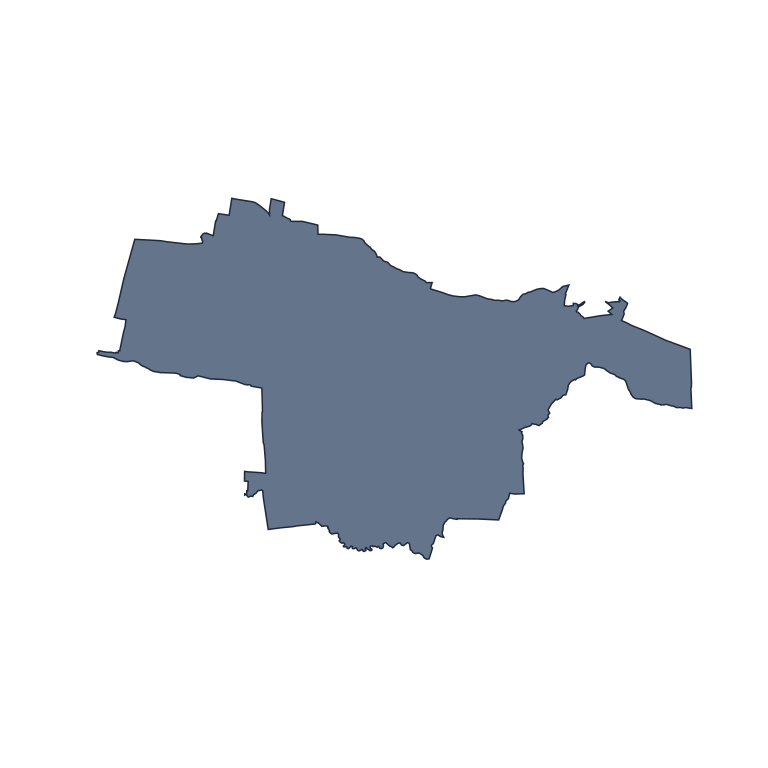 Ipatele, Iasi, Romania, rotated 116°
{"feature_id": "2599482B24354712900098", "entity_name": "Ipatele", "entity_type": "district", "adm_level": 2, "iso_a3": "ROU", "parent_name": "Romania", "parent_adm1": "Iasi", "projection": "mercator", "projection_center": [27.426, 46.918], "detail": "fine", "context": "isolated", "style": "filled", "palette": "slate", "viewbox_px": 768, "rotation_deg": 116, "n_neighbors": 0, "source": "geoboundaries", "source_scale": "gbopen_adm2", "svg_char_len": 6170}
<svg xmlns="http://www.w3.org/2000/svg" viewBox="0 0 768 768"><g transform="rotate(116 384 384)"><path d="M481.5,655.6L482.8,655.0L483.1,654.4L481.9,648.7L480.5,643.6L478.9,639.3L479.0,633.4L478.0,628.1L476.4,624.4L473.5,620.3L472.9,618.5L472.6,614.0L473.5,610.9L473.7,608.2L473.4,605.9L473.7,604.7L473.4,603.8L473.9,599.2L473.5,595.6L472.2,591.8L471.9,589.9L471.3,589.0L465.8,576.6L465.1,574.0L465.0,571.4L465.8,570.9L464.7,564.7L462.1,557.8L458.1,554.5L455.5,542.1L450.5,530.7L447.0,520.3L446.4,519.1L445.5,509.4L444.7,506.3L443.5,504.4L443.6,503.2L444.1,502.7L443.9,501.5L441.2,492.0L461.7,481.3L462.6,481.3L471.7,477.1L489.7,466.8L490.7,465.6L492.6,464.3L504.9,457.0L516.2,451.2L517.6,455.6L522.5,467.6L523.6,471.0L532.4,466.9L531.1,463.4L539.6,459.7L540.0,460.6L543.3,459.2L543.8,461.0L544.9,460.5L544.2,460.0L543.9,459.0L545.1,456.8L545.1,456.4L543.2,454.6L542.6,452.6L540.5,452.7L538.5,451.2L536.3,450.8L534.7,450.1L534.1,448.8L532.9,447.7L533.1,446.2L538.7,442.9L565.5,424.3L558.3,413.4L552.2,403.4L549.7,400.0L540.0,384.5L539.5,384.2L537.7,384.7L537.7,381.6L539.2,377.4L536.9,374.0L536.7,372.0L538.0,371.5L537.8,371.0L538.8,370.2L539.5,368.8L540.6,368.6L541.6,366.7L541.7,365.2L538.7,360.9L538.5,360.0L538.8,359.2L541.7,357.6L542.3,355.7L542.9,355.2L544.5,355.6L545.0,354.9L545.6,352.6L545.3,351.6L544.5,351.2L544.6,350.0L545.0,349.2L545.6,348.8L547.3,349.5L547.9,349.2L548.0,348.8L546.7,346.3L547.8,345.2L547.8,344.5L547.6,343.9L547.0,343.4L544.8,342.9L543.9,342.0L544.0,341.1L545.3,340.8L545.7,339.9L545.3,338.9L543.5,337.4L543.4,337.0L543.9,336.2L544.9,335.1L545.1,333.9L544.8,333.1L542.4,331.1L543.4,329.3L543.2,328.4L541.5,327.3L540.9,327.6L540.0,328.7L538.9,328.5L538.8,328.2L539.3,327.2L540.0,323.5L539.0,322.2L538.0,322.3L537.7,322.8L537.9,323.8L537.7,324.2L536.6,325.1L535.9,325.0L534.5,323.7L535.0,322.4L533.7,321.0L533.8,318.6L532.2,317.6L533.6,315.7L533.1,314.1L532.2,313.3L530.1,313.3L527.9,314.6L526.3,313.6L525.9,312.5L527.3,307.6L526.9,305.7L527.5,304.6L526.7,303.8L524.3,303.3L520.7,301.4L519.9,299.7L521.0,297.9L520.8,295.7L516.4,293.4L516.1,292.9L516.2,291.5L516.8,290.9L521.5,287.6L521.4,286.3L522.6,284.4L522.8,282.9L522.6,281.2L520.8,279.1L520.6,277.4L520.7,275.8L521.2,273.7L522.5,271.9L522.7,270.9L522.8,269.3L522.4,268.3L521.3,266.8L510.1,268.5L509.5,269.9L508.1,270.6L507.3,270.5L505.9,269.7L497.7,270.8L496.3,269.8L496.0,269.1L496.4,266.5L495.6,263.1L493.5,265.8L491.8,266.7L489.5,267.0L484.9,268.9L481.1,268.6L479.5,267.8L478.5,267.9L476.7,267.0L475.7,266.2L475.1,265.1L474.9,263.2L473.6,259.0L473.1,259.3L463.9,239.8L455.9,221.3L443.8,222.7L441.6,223.3L438.0,222.5L435.7,223.2L432.4,221.9L427.2,223.2L425.5,218.1L421.2,209.9L403.7,219.8L398.4,222.2L396.5,223.6L394.4,223.6L393.5,224.9L390.3,227.8L385.8,229.6L380.4,231.0L374.7,235.1L373.1,235.0L370.2,236.2L369.3,236.9L367.9,238.8L366.4,239.0L366.4,241.4L366.0,242.5L365.2,241.5L361.2,238.2L358.0,234.6L356.0,233.5L354.5,233.5L354.3,231.5L353.6,229.4L353.7,228.1L353.1,226.2L352.2,226.0L350.0,224.5L349.2,224.8L347.1,224.3L346.3,223.5L344.0,222.1L341.7,221.6L341.0,222.5L339.8,222.9L337.6,222.3L335.8,224.8L334.9,225.2L328.8,224.8L322.6,222.9L322.2,222.4L322.5,221.9L322.4,221.5L318.8,218.8L316.0,218.3L315.1,217.5L314.0,215.8L307.9,216.6L304.4,217.8L300.5,217.3L296.7,215.1L296.4,214.6L296.6,213.9L293.5,212.4L293.3,211.9L289.4,208.5L288.0,207.7L282.2,209.8L278.6,210.8L276.1,210.1L275.1,209.0L275.0,208.4L275.3,206.8L276.4,204.9L276.5,202.1L274.7,198.5L273.7,193.5L273.7,191.7L274.3,190.1L275.0,185.1L274.6,183.0L274.5,180.0L275.3,178.5L275.0,176.8L275.3,175.9L275.0,175.4L275.3,175.0L274.9,174.1L275.1,172.2L274.6,171.4L274.7,170.8L275.0,169.2L275.9,167.6L281.9,161.7L282.2,160.9L284.2,158.0L284.8,157.8L286.7,154.0L286.8,151.1L284.5,145.3L283.8,144.5L282.2,137.8L282.5,131.1L282.0,130.2L282.1,129.2L281.6,128.3L281.4,125.6L280.2,124.1L280.1,123.2L278.9,122.1L278.2,119.8L277.8,116.5L277.1,114.6L276.9,110.4L275.3,107.6L274.4,104.3L273.6,103.6L272.9,102.4L271.1,96.6L253.5,106.2L251.9,106.4L247.6,108.4L218.6,124.0L221.2,149.9L221.8,173.2L222.8,187.1L222.6,193.1L222.9,198.3L215.9,198.8L213.5,200.5L210.3,200.1L205.0,200.3L204.6,200.6L203.4,207.9L202.5,209.9L205.4,209.9L205.8,208.4L206.6,208.3L210.0,214.3L212.5,217.8L212.9,221.5L214.2,215.3L215.4,211.7L220.3,214.5L221.6,209.7L227.9,219.7L237.3,232.8L236.4,235.0L236.2,237.2L235.4,238.3L234.4,241.3L234.8,242.3L234.2,243.2L232.3,242.7L229.5,243.0L225.4,240.1L222.6,239.4L222.1,239.9L223.8,241.3L225.0,241.6L228.7,244.2L227.6,244.7L227.6,246.9L228.5,249.2L230.5,248.3L233.3,252.3L234.6,256.3L229.6,258.3L223.8,259.7L223.6,260.5L214.0,261.2L218.0,266.1L222.6,267.9L226.1,270.5L227.8,272.7L227.7,275.2L228.1,282.2L229.3,284.7L231.8,288.1L237.6,293.3L238.3,294.6L240.5,296.1L242.5,298.4L245.5,299.5L249.1,299.9L251.7,301.5L253.2,303.7L254.1,305.9L254.4,308.9L255.0,310.8L257.4,314.0L258.6,318.0L260.3,321.2L260.8,324.4L262.1,328.4L262.9,337.4L263.7,340.6L270.2,349.7L272.4,354.3L274.6,360.6L275.6,365.7L276.3,372.3L278.0,383.0L277.8,384.1L271.7,385.2L274.3,390.3L273.5,392.0L273.4,397.4L273.0,399.9L271.5,402.4L271.2,405.0L271.5,407.3L273.0,410.8L274.7,416.2L274.4,420.4L274.8,422.7L274.5,427.5L274.7,429.4L274.2,431.2L273.0,433.8L273.6,438.3L271.8,443.0L271.9,444.2L273.0,445.7L271.0,447.5L268.9,450.6L268.5,453.5L267.9,455.1L267.1,456.4L266.6,459.3L265.6,462.7L264.0,465.1L263.4,467.5L263.7,469.7L265.2,474.7L267.1,479.1L271.0,492.5L276.3,504.8L278.4,508.9L270.2,513.2L273.6,528.6L278.2,538.2L278.5,539.5L277.5,540.3L277.1,541.2L277.4,543.5L277.1,547.7L277.3,549.1L264.3,553.0L266.9,566.6L277.5,563.4L282.3,560.9L280.8,563.5L280.2,565.4L278.1,574.1L277.4,579.3L277.9,582.1L283.2,599.6L283.8,602.2L300.2,597.2L303.5,607.5L311.0,606.3L311.3,606.8L325.6,602.5L326.2,609.7L326.7,609.7L326.9,611.2L328.7,612.5L332.0,613.2L332.6,612.9L332.6,611.9L334.4,610.8L334.9,609.7L337.0,609.0L340.8,615.1L344.5,622.3L351.4,641.8L353.2,647.8L363.2,671.4L403.5,664.0L427.5,658.4L438.3,656.2L442.3,655.8L441.0,649.2L439.3,644.1L446.6,641.7L451.7,640.8L470.1,636.1L470.5,637.3L472.6,636.7L473.0,638.7L474.1,639.1L475.2,643.6L476.5,646.0L477.6,649.2L479.1,654.9L480.7,654.3L481.5,655.6Z" fill="#64748b" stroke="#1e293b" stroke-width="1.5"/></g></svg>